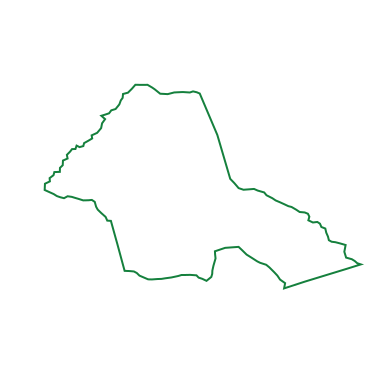 the district of Boa Esperança, Paraná, Brazil, rotated 253°
{"feature_id": "56859067B75116337237033", "entity_name": "Boa Esperança", "entity_type": "district", "adm_level": 2, "iso_a3": "BRA", "parent_name": "Brazil", "parent_adm1": "Paraná", "projection": "robinson", "projection_center": [-52.756, -24.263], "detail": "fine", "context": "isolated", "style": "outline", "palette": "green", "viewbox_px": 384, "rotation_deg": 253, "n_neighbors": 0, "source": "geoboundaries", "source_scale": "gbopen_adm2", "svg_char_len": 2012}
<svg xmlns="http://www.w3.org/2000/svg" viewBox="0 0 384 384"><g transform="rotate(253 192 192)"><path d="M291.4,127.6L287.1,130.2L284.0,126.1L279.7,123.8L276.3,118.6L275.5,112.6L272.4,112.2L271.3,107.7L270.3,103.1L267.7,101.5L267.8,97.6L270.1,95.2L267.2,93.1L268.1,89.8L266.3,87.3L264.1,83.2L260.4,82.8L259.8,77.8L255.4,76.2L253.7,72.8L249.9,71.5L251.3,66.2L248.6,64.5L246.9,59.9L243.7,59.2L242.9,53.8L237.0,51.7L233.3,55.9L230.5,59.1L227.6,61.6L225.5,64.5L223.5,67.8L224.3,71.8L222.5,75.6L220.4,78.7L218.7,81.3L215.8,85.5L214.4,90.5L213.7,93.9L211.0,96.1L205.9,96.0L202.7,96.7L198.5,99.0L193.4,102.1L189.4,102.6L188.1,106.0L168.9,105.5L164.3,105.4L142.7,104.7L136.3,104.5L134.6,109.3L133.0,113.2L130.7,115.5L127.4,117.3L121.3,124.5L120.1,128.1L118.9,133.4L117.8,137.5L117.3,141.2L116.3,147.3L115.7,154.3L115.7,157.7L114.5,161.7L113.3,166.0L111.0,171.9L108.2,173.3L106.0,176.4L102.8,179.9L105.1,185.6L107.8,187.4L110.9,188.5L115.3,191.0L121.6,195.1L125.8,195.9L128.6,196.6L128.9,207.4L125.9,220.5L121.9,222.8L116.2,225.9L111.7,229.8L106.6,234.1L104.4,236.4L100.7,241.7L97.2,244.0L91.2,247.2L87.1,249.2L82.5,250.6L77.6,254.4L72.9,251.9L73.3,274.0L73.3,282.5L73.3,316.9L73.4,332.3L75.6,329.2L78.5,327.4L81.0,325.2L84.2,320.2L90.3,320.2L96.4,323.4L99.4,318.8L102.1,314.4L103.6,311.0L105.9,308.8L109.6,309.0L113.9,308.5L118.1,308.8L120.7,305.5L124.3,305.1L126.7,303.1L127.5,298.7L130.9,295.0L134.1,297.0L137.3,296.5L139.5,293.8L141.4,289.1L144.7,286.4L148.6,282.8L150.3,280.0L153.3,276.7L156.4,273.2L159.5,269.5L162.6,267.0L167.1,262.3L170.5,260.9L172.3,258.1L174.2,255.2L176.8,252.2L177.9,247.2L179.1,241.9L182.1,237.7L184.9,236.5L188.3,235.0L193.4,232.4L239.1,232.9L283.9,228.2L286.0,225.7L287.9,222.4L287.8,219.0L290.3,212.4L292.4,204.1L292.7,197.4L295.3,190.3L301.2,186.3L303.7,184.3L307.5,180.8L309.2,175.0L311.1,169.2L308.3,164.7L305.7,159.8L305.9,154.7L302.3,153.2L300.4,150.7L297.0,148.1L293.7,143.2L293.7,138.7L291.5,135.7L291.4,131.9L291.4,127.6Z" fill="none" stroke="#15803d" stroke-width="2"/></g></svg>